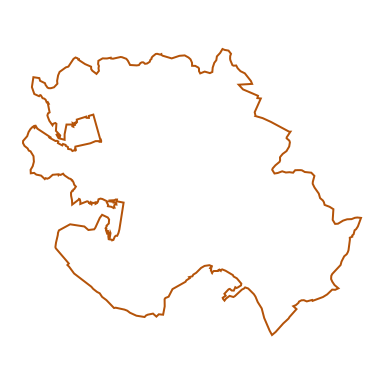 Slava Cercheza, Tulcea, Romania
{"feature_id": "2599482B87886989581209", "entity_name": "Slava Cercheza", "entity_type": "district", "adm_level": 2, "iso_a3": "ROU", "parent_name": "Romania", "parent_adm1": "Tulcea", "projection": "albers", "projection_center": [28.562, 44.879], "detail": "fine", "context": "isolated", "style": "outline", "palette": "amber", "viewbox_px": 384, "rotation_deg": 0, "n_neighbors": 0, "source": "geoboundaries", "source_scale": "gbopen_adm2", "svg_char_len": 5820}
<svg xmlns="http://www.w3.org/2000/svg" viewBox="0 0 384 384"><path d="M156.4,316.6L158.8,314.3L163.1,314.7L164.7,306.4L164.6,299.2L165.4,298.0L168.6,296.7L172.5,289.1L185.5,281.8L186.3,280.4L189.8,278.1L189.1,277.1L192.4,276.3L193.3,274.6L196.2,272.8L201.1,267.9L204.6,265.9L209.4,265.2L211.9,266.2L211.7,266.9L211.1,267.0L210.1,268.2L211.2,268.9L210.9,270.7L212.2,271.9L211.8,272.7L212.1,273.1L212.6,272.0L213.8,271.0L218.0,271.0L219.5,270.3L219.0,269.8L219.5,269.6L220.8,270.8L221.2,269.8L222.2,269.4L225.5,270.7L232.9,275.1L233.6,276.5L236.8,278.3L241.3,283.6L241.0,285.4L237.7,287.5L236.5,288.0L235.3,287.2L233.8,290.6L231.7,290.5L229.8,288.9L228.6,289.3L224.4,293.8L225.7,295.7L222.7,297.8L223.0,298.8L224.5,300.6L226.0,298.6L229.6,295.9L233.4,297.0L234.8,296.2L241.9,289.6L243.9,288.6L245.1,287.4L248.2,288.5L253.9,294.2L255.5,296.7L257.7,302.0L261.7,308.4L264.2,318.0L269.6,330.6L272.0,335.0L275.6,332.0L283.2,323.5L288.6,318.5L289.5,317.0L296.5,309.1L293.3,306.2L295.9,305.1L298.5,302.8L299.0,301.6L301.5,300.3L303.9,300.2L306.8,301.4L312.3,299.9L312.6,300.1L312.2,300.6L312.5,300.9L323.0,297.0L327.2,294.4L332.2,289.6L335.2,289.8L338.4,288.3L334.5,285.0L332.3,281.7L331.1,279.0L331.3,275.8L332.3,273.9L340.6,265.0L341.5,261.6L344.2,256.3L346.7,254.2L347.8,252.2L348.5,250.2L349.9,239.7L349.8,237.7L352.3,236.7L352.2,235.5L353.6,234.3L354.6,230.3L356.1,229.2L357.9,226.4L361.0,217.9L357.3,217.5L354.9,217.8L351.6,219.1L347.1,219.3L343.1,220.6L338.0,223.7L335.1,223.9L332.7,219.9L333.4,209.2L329.6,206.8L324.6,204.9L323.9,202.2L322.9,200.5L320.1,198.1L318.8,193.6L314.5,187.5L312.7,183.8L312.8,181.9L314.4,175.9L311.3,172.7L304.8,172.0L301.9,170.3L300.2,170.1L295.2,170.2L293.1,172.7L289.4,172.2L285.9,172.5L282.2,171.3L277.7,173.0L274.5,173.5L272.2,169.8L272.7,168.4L275.4,165.3L279.6,161.8L280.1,160.3L280.0,157.4L280.3,156.8L282.7,153.9L286.5,151.1L289.2,146.5L289.9,142.3L289.3,140.6L286.6,138.3L286.7,137.3L290.4,131.7L289.2,131.7L270.9,121.9L262.6,118.1L255.3,116.0L255.5,115.7L254.7,112.2L260.8,98.5L257.4,98.1L258.0,95.8L243.0,89.4L238.7,84.7L252.1,83.9L250.9,81.0L244.8,73.3L240.5,71.2L237.7,68.3L236.2,65.5L233.6,65.7L232.4,65.1L230.4,60.3L230.1,58.8L230.2,56.0L231.0,53.8L228.5,50.6L224.6,49.9L222.5,49.0L220.1,53.0L216.9,56.4L216.3,60.2L214.3,62.8L212.7,67.6L212.3,72.0L209.9,73.1L204.7,71.6L200.2,73.4L199.0,71.1L199.0,68.6L198.4,67.6L195.3,65.9L192.1,65.8L192.0,62.7L190.5,59.3L188.5,57.5L184.7,55.4L179.5,55.8L171.7,58.4L162.6,55.7L161.4,54.9L161.3,54.1L160.2,54.6L157.1,53.8L155.7,54.0L152.6,56.5L151.7,57.6L151.5,58.9L150.4,59.8L149.7,61.8L147.1,63.5L145.0,63.8L143.4,62.4L142.0,62.3L140.5,63.0L138.9,65.1L136.7,65.4L130.1,65.0L127.8,60.6L126.3,58.8L122.0,57.2L120.6,57.0L113.0,58.7L111.0,58.5L110.8,57.7L106.9,58.5L102.6,58.4L98.4,60.8L98.1,64.1L98.9,66.0L98.5,68.1L98.9,70.9L96.5,73.9L92.3,70.7L91.2,69.1L91.1,66.7L85.1,64.1L79.1,60.2L79.0,59.3L78.2,59.5L77.6,58.3L75.5,57.5L73.5,58.9L68.4,66.6L65.8,67.4L59.6,71.9L58.1,75.4L57.1,80.9L57.4,83.7L54.0,87.3L50.9,88.2L48.8,88.2L47.5,87.6L45.5,84.8L45.0,83.2L40.1,80.8L39.3,78.1L33.4,77.2L31.9,87.1L34.3,94.0L39.1,96.2L40.2,95.1L40.9,95.4L42.6,98.2L44.2,98.6L45.6,99.7L46.7,102.4L47.7,102.0L48.8,103.9L48.0,104.2L49.6,112.4L48.0,113.4L47.4,115.4L47.8,116.8L49.4,120.9L52.5,125.3L53.2,123.8L55.3,123.0L56.4,123.8L55.9,130.8L60.2,135.4L59.6,137.8L56.1,133.9L58.6,138.2L64.6,139.8L64.6,134.3L66.5,124.5L71.8,124.5L72.2,124.9L72.3,126.3L73.3,126.7L72.7,123.1L73.4,123.5L74.1,125.1L75.0,124.9L74.8,122.8L75.7,122.7L76.1,124.0L76.3,121.9L77.0,121.9L76.8,119.6L86.3,116.6L86.5,117.8L88.9,117.9L88.9,115.9L93.3,114.6L100.3,139.6L100.8,139.5L101.2,141.0L101.1,141.8L100.7,141.8L99.3,141.8L98.8,141.1L95.6,141.1L90.3,143.3L75.4,146.6L75.0,148.9L75.8,149.2L75.8,150.3L75.2,150.6L74.5,150.2L72.4,151.0L71.0,149.4L68.2,149.0L67.8,146.9L65.8,145.9L65.6,144.9L63.0,144.0L62.3,145.4L57.9,143.1L58.3,141.5L57.0,140.8L55.5,141.0L49.6,137.8L49.4,137.6L50.2,137.1L37.3,128.6L35.6,125.7L34.9,125.8L36.4,127.4L35.4,127.1L34.5,128.0L33.7,126.8L32.7,126.8L30.5,129.0L28.6,132.0L27.2,136.2L23.1,140.9L23.0,143.1L24.5,145.9L27.6,148.4L28.8,150.6L30.5,151.3L33.5,156.2L33.9,161.7L32.7,166.2L30.6,169.8L30.8,173.3L34.1,172.9L36.3,174.6L41.1,175.6L44.8,179.1L45.6,178.2L47.3,178.7L49.2,177.9L52.7,174.8L58.2,174.3L58.5,175.2L59.3,174.5L60.6,174.9L63.1,173.7L64.4,175.3L69.1,178.5L70.6,178.9L71.5,179.7L71.7,180.4L72.3,180.3L73.5,182.4L74.2,184.7L75.9,186.6L74.2,189.2L73.4,189.5L72.9,190.8L72.2,190.8L71.0,192.8L71.1,195.8L72.0,200.1L72.2,204.6L78.6,199.7L79.0,198.9L79.8,199.3L80.4,201.7L80.3,204.0L87.1,201.3L88.1,201.6L88.9,202.5L89.0,203.8L89.5,202.6L90.1,202.6L89.7,203.4L89.9,203.6L90.8,202.1L91.6,203.0L91.2,203.7L91.6,204.2L92.1,202.7L93.7,203.0L95.6,202.3L95.6,203.8L97.1,203.0L98.0,201.5L98.5,199.3L100.5,198.6L102.4,199.0L107.6,201.6L106.8,202.4L108.1,204.9L107.9,206.2L111.4,206.8L113.6,208.0L113.9,207.3L114.4,207.4L114.1,206.6L114.3,205.2L115.4,204.2L116.4,204.5L116.3,203.4L115.4,202.4L113.6,202.6L113.6,201.9L109.2,201.3L109.3,200.5L114.5,200.2L115.6,199.5L117.0,199.5L116.7,201.3L123.6,202.6L119.4,229.4L118.5,232.9L117.2,235.8L116.0,235.7L114.8,236.6L113.4,239.9L112.2,240.3L112.1,239.8L109.5,239.3L110.5,233.1L110.3,232.6L109.2,239.3L108.7,239.2L108.3,236.4L108.8,231.8L108.0,234.1L107.7,233.5L108.1,230.2L106.8,232.6L105.9,229.9L106.4,228.9L105.6,228.2L106.8,226.1L106.6,225.6L108.8,223.5L109.1,219.5L107.8,217.5L102.1,214.8L99.8,217.9L95.3,227.8L94.2,229.3L88.4,230.0L84.4,226.5L70.1,224.3L58.9,230.4L58.0,232.9L57.8,235.0L56.0,242.7L55.4,247.1L55.8,248.3L68.8,263.5L67.4,265.0L69.1,266.7L74.1,273.5L91.3,286.7L93.2,288.9L97.0,291.9L99.7,293.3L102.1,296.9L106.4,300.1L114.0,308.0L115.7,307.7L124.5,309.6L127.3,310.7L129.9,312.7L136.4,315.7L144.6,317.0L146.0,315.5L147.7,314.7L153.0,313.6L156.4,316.6Z" fill="none" stroke="#b45309" stroke-width="2"/></svg>